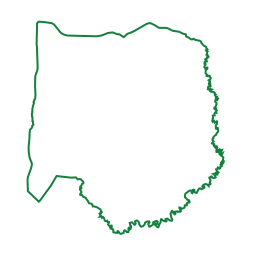 the district of Wang Hin, Si Sa Ket, Thailand, rotated 184°
{"feature_id": "78962969B5946354478732", "entity_name": "Wang Hin", "entity_type": "district", "adm_level": 2, "iso_a3": "THA", "parent_name": "Thailand", "parent_adm1": "Si Sa Ket", "projection": "natural_earth1", "projection_center": [104.168, 14.969], "detail": "fine", "context": "isolated", "style": "outline", "palette": "green", "viewbox_px": 256, "rotation_deg": 184, "n_neighbors": 0, "source": "geoboundaries", "source_scale": "gbopen_adm2", "svg_char_len": 5593}
<svg xmlns="http://www.w3.org/2000/svg" viewBox="0 0 256 256"><g transform="rotate(184 128 128)"><path d="M211.0,227.2L219.7,227.9L224.7,227.8L226.0,226.1L225.0,205.1L224.5,202.6L222.3,181.4L222.6,178.7L223.7,175.3L224.1,172.6L223.6,162.9L222.6,154.7L222.6,151.3L222.8,150.3L223.6,149.2L223.7,147.2L224.0,147.1L223.6,146.0L224.4,143.3L224.5,141.4L224.7,140.9L224.8,139.9L224.5,139.2L224.7,137.7L224.5,137.2L224.9,135.8L224.5,132.4L224.0,132.0L223.9,128.9L223.5,128.4L223.7,127.8L223.2,127.4L223.2,126.4L222.6,124.7L223.8,123.4L223.6,122.5L223.9,121.6L225.6,119.4L225.8,116.3L225.6,111.4L225.8,102.4L225.4,97.5L224.3,92.3L223.0,89.1L221.9,87.1L221.3,85.0L221.7,81.9L224.5,71.8L224.6,69.2L223.5,58.0L211.8,48.3L210.6,49.7L200.9,65.1L195.9,75.1L181.1,74.5L176.5,75.1L174.6,73.2L173.6,73.6L171.5,73.6L170.4,72.4L169.1,71.5L168.6,70.1L168.7,69.6L170.0,68.9L170.4,67.5L171.6,66.2L171.5,65.6L170.6,65.5L170.2,64.8L170.8,64.0L171.6,63.8L171.6,63.2L169.9,60.9L170.1,60.2L171.1,59.2L170.9,57.9L169.2,58.0L168.0,56.3L165.3,55.5L164.9,54.6L162.8,52.3L161.6,50.2L159.1,49.9L158.1,48.8L157.7,47.3L156.8,47.5L153.5,46.8L149.9,44.9L149.3,44.0L149.3,43.0L148.6,42.8L148.3,42.3L149.0,41.1L150.0,41.0L150.4,40.5L149.2,39.1L150.0,37.6L148.5,38.0L147.7,36.7L147.2,37.6L146.8,37.6L145.5,36.2L144.7,33.9L143.2,33.4L142.3,34.1L141.6,32.8L140.4,32.8L140.4,32.2L141.2,30.4L139.9,29.1L139.3,28.1L138.1,29.5L137.5,29.5L137.3,27.4L138.0,26.4L135.7,25.8L135.3,22.9L131.4,22.6L131.2,24.3L130.9,24.5L130.4,24.3L129.3,22.7L128.3,22.0L127.7,21.9L125.1,23.0L124.8,25.1L124.4,25.7L123.1,25.3L122.1,24.1L120.5,24.2L120.1,25.8L120.6,26.9L120.4,28.5L119.7,28.8L119.5,28.2L119.7,27.4L119.0,27.1L118.4,27.5L117.9,29.6L118.2,30.5L119.1,31.4L119.7,33.5L117.4,34.2L115.0,32.0L114.5,31.9L113.9,32.6L113.7,33.5L114.5,35.3L113.5,36.1L112.4,36.3L111.0,35.3L110.3,34.3L110.1,32.9L108.5,30.7L107.9,30.5L106.0,31.3L104.7,32.9L104.4,34.7L103.7,35.3L102.4,36.1L100.4,36.3L100.0,35.2L100.9,34.2L101.1,33.6L99.9,31.1L99.4,31.0L96.1,33.5L96.4,35.6L94.6,36.7L92.8,37.3L91.8,36.6L91.9,34.5L92.4,34.2L94.0,34.7L94.5,33.6L91.6,31.1L91.1,31.0L90.6,31.5L90.2,33.5L88.9,36.2L88.9,38.6L88.6,39.4L88.1,39.4L86.7,38.1L84.0,37.4L83.2,37.5L83.0,38.0L84.0,39.0L84.2,39.6L82.8,40.3L82.1,40.2L79.7,38.6L77.7,38.6L77.4,39.2L77.4,40.0L78.5,41.4L79.6,45.6L78.4,48.3L78.0,48.5L76.9,46.3L75.3,45.1L74.7,45.6L74.7,46.1L76.4,46.8L76.2,47.5L73.2,48.3L72.4,47.7L70.7,48.6L70.3,48.1L69.8,48.1L69.5,48.6L69.6,49.5L71.2,51.8L71.2,52.3L70.0,52.2L68.9,51.1L66.6,52.1L66.0,52.8L66.0,54.8L63.9,55.0L63.8,55.6L64.3,56.4L64.2,56.8L62.8,58.1L62.0,57.7L61.4,58.1L61.4,58.7L61.9,59.8L62.6,60.4L63.7,60.5L64.5,61.5L66.3,62.8L66.6,64.9L66.0,66.6L62.5,69.7L61.8,70.0L60.2,69.9L60.1,67.9L59.3,67.5L59.0,68.4L59.4,70.1L59.0,70.8L58.3,71.1L57.5,70.9L57.1,68.6L56.3,68.2L55.0,68.1L52.9,72.6L51.6,72.8L50.3,72.1L47.9,73.6L47.6,74.2L47.8,74.8L49.4,74.5L49.8,74.9L49.7,75.4L48.4,76.8L46.5,77.6L45.1,77.1L43.4,75.7L43.2,77.4L41.9,77.6L41.9,78.5L42.6,79.5L42.0,81.7L43.4,83.7L43.4,84.2L41.3,85.6L41.0,85.5L40.5,84.2L38.0,84.3L37.1,84.9L38.1,86.9L39.7,88.1L38.7,88.3L36.8,89.8L36.4,89.1L36.4,87.9L36.1,87.6L35.6,87.7L35.4,88.9L34.6,90.1L36.3,91.0L37.2,92.9L35.9,93.2L35.7,94.9L34.9,94.7L33.9,93.8L33.4,94.1L33.3,95.5L31.6,96.8L32.0,97.3L32.9,97.2L33.1,97.8L31.8,98.3L30.5,99.5L31.0,100.3L32.4,99.5L32.8,99.6L32.8,100.0L31.9,101.2L30.4,100.6L30.0,101.4L31.1,102.9L30.8,105.4L32.9,106.8L32.0,109.2L32.4,108.9L33.0,109.1L33.4,110.0L33.7,110.1L34.4,109.5L34.3,107.9L35.0,108.4L35.1,110.1L32.9,111.7L32.7,112.6L35.1,111.3L34.7,112.9L35.2,113.1L35.6,112.6L35.8,111.6L36.6,111.2L36.4,110.4L38.1,110.3L38.3,111.5L37.3,112.6L38.2,113.2L37.5,114.4L38.0,115.8L38.3,115.9L38.9,114.7L39.5,114.5L40.5,115.6L40.3,116.5L41.2,116.6L41.0,117.6L41.2,118.1L42.9,118.3L43.2,118.6L41.6,120.6L42.9,121.8L42.9,123.1L42.2,123.7L42.2,124.6L41.0,126.4L39.7,127.3L39.2,129.0L38.1,130.4L37.8,131.6L38.5,134.3L38.9,134.3L39.8,133.3L40.3,133.5L40.6,136.8L39.6,138.2L39.6,140.8L39.9,140.9L40.3,140.3L41.9,139.3L42.7,141.3L43.4,141.3L44.0,140.2L44.5,141.0L44.1,141.9L44.3,143.1L43.9,144.0L44.3,146.2L42.4,146.6L42.8,147.8L42.6,148.9L42.2,149.4L40.9,149.2L41.4,150.6L40.6,151.7L41.3,152.4L42.6,152.7L43.3,153.5L43.1,154.4L41.8,154.3L42.1,155.7L41.4,157.9L41.6,159.4L42.8,160.2L42.8,161.9L41.8,162.4L41.0,162.0L40.2,163.6L40.8,164.2L41.3,163.4L41.7,163.5L41.4,165.1L42.5,164.6L42.5,165.5L43.4,166.6L42.8,167.4L43.9,167.9L43.8,169.0L45.0,169.8L47.9,170.0L48.8,170.6L48.8,171.0L47.1,172.3L49.0,172.7L50.5,172.0L51.1,172.3L50.8,173.0L51.1,174.0L50.8,174.8L49.7,175.1L48.7,174.9L48.4,175.3L49.0,176.6L48.9,177.5L49.4,177.6L50.1,176.9L50.4,177.1L50.2,179.2L49.5,179.0L49.4,179.6L49.7,181.0L50.7,181.4L49.3,182.5L48.9,183.5L50.0,185.0L50.1,185.6L51.1,185.8L51.8,185.1L53.2,185.5L52.8,186.5L54.4,188.0L54.5,191.4L53.1,192.5L53.0,193.8L53.3,193.9L55.2,192.9L56.2,194.2L55.0,197.0L55.2,197.4L56.2,197.5L56.1,199.2L54.0,199.9L54.3,200.5L55.1,200.4L55.7,201.9L55.1,202.3L54.5,201.9L54.6,203.0L53.4,203.6L52.6,204.7L53.3,205.6L53.9,205.0L53.8,206.3L54.8,206.5L54.3,207.9L54.3,209.2L53.9,210.1L54.5,210.7L55.4,210.6L55.7,211.0L54.3,212.1L55.5,213.3L55.7,214.4L58.0,215.4L60.8,217.9L60.8,218.7L61.5,219.6L63.0,220.1L67.0,220.6L68.9,221.6L70.2,220.8L71.2,220.8L73.9,222.5L76.4,223.4L76.9,225.5L79.6,225.9L83.8,227.6L90.1,228.1L95.4,230.3L97.1,230.5L104.2,230.1L108.8,232.6L112.7,234.1L114.5,234.0L116.7,233.1L128.3,225.3L131.5,223.5L135.2,221.9L138.6,218.3L143.0,220.8L145.6,220.9L150.0,222.3L154.6,221.4L160.7,218.5L165.5,217.3L195.0,216.0L199.1,216.9L201.7,218.3L208.6,225.7L211.0,227.2Z" fill="none" stroke="#15803d" stroke-width="2"/></g></svg>